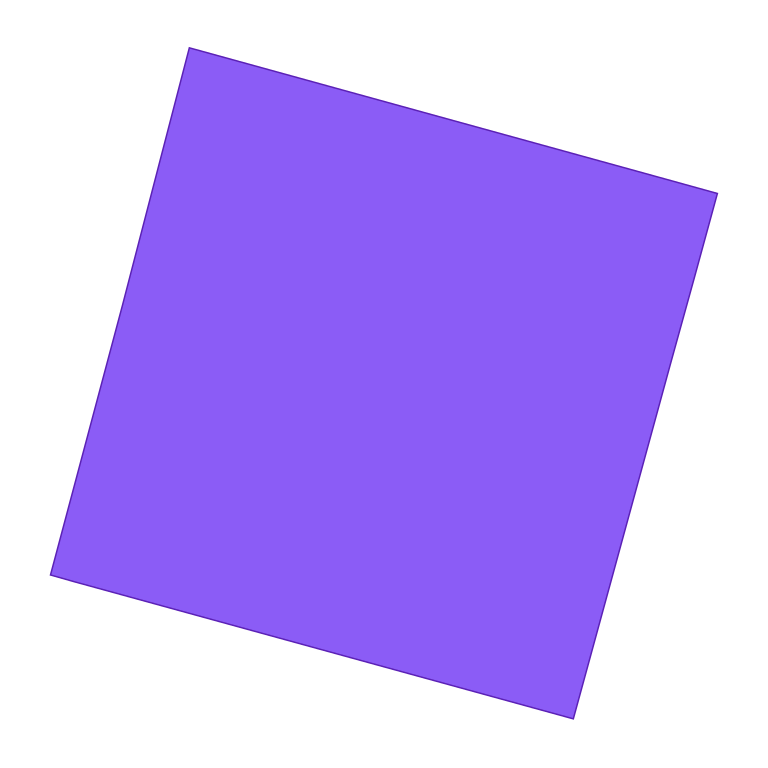 outline of Lawrence, Missouri, United States of America, rotated 194°
{"feature_id": "52423323B4731020405921", "entity_name": "Lawrence", "entity_type": "district", "adm_level": 2, "iso_a3": "USA", "parent_name": "United States of America", "parent_adm1": "Missouri", "projection": "mercator", "projection_center": [-93.833, 37.106], "detail": "fine", "context": "isolated", "style": "filled", "palette": "violet", "viewbox_px": 768, "rotation_deg": 194, "n_neighbors": 0, "source": "geoboundaries", "source_scale": "gbopen_adm2", "svg_char_len": 315}
<svg xmlns="http://www.w3.org/2000/svg" viewBox="0 0 768 768"><g transform="rotate(194 384 384)"><path d="M636.2,117.2L119.3,104.9L110.9,473.0L108.6,561.4L107.1,627.4L106.6,649.5L172.2,651.2L654.2,663.1L655.3,552.4L656.8,397.0L661.4,118.0L636.2,117.2Z" fill="#8b5cf6" stroke="#5b21b6" stroke-width="1.5"/></g></svg>